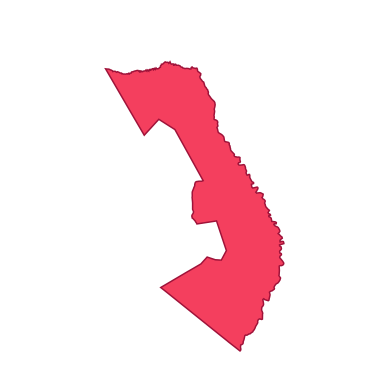 outline of Ribeiro Gonçalves, Piauí, Brazil, rotated 137°
{"feature_id": "56859067B47618229144297", "entity_name": "Ribeiro Gonçalves", "entity_type": "district", "adm_level": 2, "iso_a3": "BRA", "parent_name": "Brazil", "parent_adm1": "Piauí", "projection": "natural_earth1", "projection_center": [-45.448, -8.057], "detail": "fine", "context": "isolated", "style": "filled", "palette": "rose", "viewbox_px": 384, "rotation_deg": 137, "n_neighbors": 0, "source": "geoboundaries", "source_scale": "gbopen_adm2", "svg_char_len": 5151}
<svg xmlns="http://www.w3.org/2000/svg" viewBox="0 0 384 384"><g transform="rotate(137 192 192)"><path d="M264.3,43.1L263.4,43.8L262.4,45.4L260.7,46.9L259.4,46.4L258.4,46.3L257.5,46.7L256.8,47.5L254.5,48.7L251.3,50.9L250.5,50.9L249.9,50.2L249.2,49.7L247.3,49.4L246.3,48.7L244.7,48.6L242.9,48.3L241.6,48.8L240.6,48.8L238.7,49.5L238.1,49.8L237.4,50.2L236.8,50.4L233.6,51.3L232.7,51.9L232.0,52.9L231.2,53.2L230.3,53.4L229.1,53.1L227.9,51.2L227.2,51.0L223.6,54.7L222.9,55.1L222.4,56.2L221.7,58.1L220.9,58.9L219.5,60.1L218.2,60.2L216.9,60.6L216.2,61.1L215.3,62.3L213.5,65.1L212.3,65.0L212.2,63.7L210.4,60.5L209.6,60.4L208.9,60.9L207.9,61.6L207.1,62.1L206.1,62.8L205.4,63.3L204.8,63.9L203.7,65.9L202.5,65.9L200.4,65.0L199.4,65.0L198.3,64.8L197.6,65.1L197.3,66.0L196.7,66.5L195.2,67.1L192.9,67.4L191.4,66.9L189.8,67.1L187.8,67.6L185.9,68.7L185.6,70.7L185.4,71.7L184.7,72.1L181.6,75.0L179.1,78.0L178.5,78.4L177.6,77.9L176.6,77.0L175.0,76.6L173.9,76.9L173.3,77.6L172.9,79.6L172.6,84.2L171.7,85.0L169.4,85.1L168.8,85.9L168.9,86.7L169.4,87.4L168.6,88.7L167.9,89.1L166.2,89.1L165.3,89.5L164.3,91.1L164.7,92.8L164.0,93.7L163.0,93.1L160.0,91.6L159.5,92.3L159.0,93.4L159.9,94.6L161.6,95.4L161.1,96.3L159.8,96.8L159.0,96.8L157.5,96.6L156.9,97.6L157.2,99.8L157.1,101.3L157.4,102.8L154.7,103.2L154.0,104.1L153.2,107.0L153.5,108.7L154.0,109.3L154.4,110.7L154.3,112.4L153.5,112.7L152.8,112.1L152.4,111.4L151.7,111.6L151.1,112.2L151.6,113.6L153.7,116.1L152.1,118.6L151.9,119.4L152.0,120.2L152.6,121.6L151.9,122.3L151.2,122.0L150.4,121.5L150.0,122.2L150.7,124.1L150.4,125.1L147.9,125.8L148.2,128.2L148.1,129.2L148.1,130.6L147.8,131.6L146.9,133.1L146.5,134.4L144.9,135.2L144.4,136.0L144.4,137.4L144.8,138.4L144.6,140.2L143.5,140.4L142.1,141.3L141.4,141.9L142.1,144.0L142.7,145.1L143.7,145.8L144.7,146.6L145.5,147.1L145.5,148.3L143.7,148.7L142.9,149.1L141.6,149.4L140.8,150.4L141.0,151.2L144.8,153.4L145.0,154.4L144.4,155.6L143.3,157.1L141.2,156.2L140.5,157.0L141.1,158.7L140.4,161.5L139.7,163.5L138.7,164.3L138.0,165.6L138.7,166.2L139.4,166.2L140.2,166.7L139.8,168.3L139.4,169.2L137.8,170.1L137.0,172.5L136.1,173.6L135.3,175.5L135.3,176.4L135.9,177.1L136.6,177.4L138.9,179.2L139.3,179.9L139.2,180.9L138.7,181.4L138.0,181.6L136.9,180.9L136.0,181.1L135.1,182.7L134.2,183.7L133.4,184.5L133.8,185.5L135.0,186.5L135.9,187.8L136.5,188.7L136.5,189.8L135.3,190.7L135.3,195.7L135.0,196.5L134.2,197.6L133.5,199.0L132.9,199.6L132.7,200.3L132.6,201.1L131.5,202.2L131.4,203.1L131.7,203.8L133.3,206.0L133.5,206.9L133.0,207.8L131.2,210.5L131.0,212.5L131.2,214.1L131.9,216.3L132.1,217.5L131.8,218.4L130.5,220.5L129.8,222.2L128.0,222.6L127.4,223.7L126.5,224.9L125.6,225.4L125.1,226.4L125.1,227.5L125.4,228.3L126.3,229.9L125.7,230.8L124.6,231.6L123.8,232.9L120.6,235.4L119.7,236.6L119.3,237.4L117.1,238.8L115.6,240.0L114.3,241.9L114.0,243.1L114.2,246.6L114.1,247.9L113.8,249.7L113.6,251.8L113.1,252.9L111.9,253.8L111.4,255.1L110.9,256.0L110.9,257.4L110.5,258.8L110.6,259.8L110.4,260.7L108.5,264.4L108.9,265.8L108.7,266.7L108.5,269.2L108.0,270.5L107.6,271.1L106.1,271.5L104.9,272.5L105.0,274.0L105.5,276.2L104.9,277.5L104.3,278.1L104.0,279.2L104.5,279.8L105.3,280.0L105.9,281.1L106.8,282.4L106.6,283.3L107.3,283.6L108.0,283.4L108.7,282.7L109.8,283.4L110.1,284.3L110.7,285.1L111.6,286.1L112.3,286.6L113.0,287.1L113.5,288.1L114.1,288.8L114.0,289.9L114.6,290.5L114.8,291.5L114.7,292.3L115.4,293.9L116.3,294.7L117.0,295.4L116.8,296.6L117.4,297.1L118.2,296.7L118.9,297.2L118.3,297.7L118.4,298.5L119.0,299.0L119.7,299.4L120.0,300.1L119.7,301.1L119.3,302.2L120.5,301.9L121.2,301.9L121.0,302.9L121.4,303.5L122.4,304.4L122.9,305.5L123.7,305.4L125.0,305.6L126.3,305.5L127.2,306.3L127.8,305.8L129.1,305.7L130.0,304.8L130.8,305.1L131.9,305.0L132.9,305.4L133.7,306.1L133.7,307.2L134.4,306.9L135.1,306.6L135.0,308.0L135.7,308.3L136.2,307.5L136.9,307.6L136.4,308.4L136.9,309.2L137.9,309.2L138.7,309.9L139.2,309.2L139.9,309.8L139.8,310.6L140.6,310.7L141.2,310.0L141.4,310.9L141.5,311.8L142.6,311.2L142.6,312.6L143.6,312.5L145.0,313.5L146.0,313.6L146.3,314.6L147.2,315.8L147.5,314.8L148.4,315.3L148.6,317.8L149.4,318.4L150.1,318.8L151.0,319.2L151.8,319.8L152.8,320.0L154.4,321.0L155.4,320.5L156.5,321.3L157.2,321.0L157.5,322.1L158.4,321.9L158.9,322.8L160.2,323.5L161.0,324.4L161.7,325.0L162.1,325.8L162.7,326.3L162.4,327.0L163.3,327.9L163.8,329.4L164.5,330.8L165.5,331.0L165.8,332.5L166.8,333.6L167.8,334.1L167.5,334.8L167.9,336.2L168.5,337.0L168.6,337.8L169.2,338.8L170.3,339.9L171.2,341.0L182.6,291.0L188.2,266.1L166.7,267.8L161.9,249.3L175.4,195.4L176.1,192.7L177.6,193.3L179.5,195.1L181.7,196.6L182.7,196.8L183.5,196.5L184.8,195.7L185.8,194.7L186.4,194.4L187.5,194.0L188.8,193.3L191.4,192.1L192.3,191.4L194.7,188.7L195.5,188.1L198.6,184.1L199.1,183.5L203.4,178.9L204.2,176.7L205.1,175.9L205.8,175.6L207.7,175.1L208.6,174.5L209.0,173.5L209.6,173.0L209.4,172.0L209.4,171.0L209.4,168.8L209.7,167.8L209.8,166.5L210.2,165.3L193.8,154.1L206.8,125.7L217.0,122.2L217.9,123.1L221.2,126.6L225.3,134.1L232.4,133.5L234.5,133.3L243.3,135.3L247.7,136.3L249.3,136.7L275.1,142.4L280.0,143.5L278.8,135.6L269.6,71.7L267.7,58.7L267.6,57.7L265.3,43.0L264.3,43.1Z" fill="#f43f5e" stroke="#9f1239" stroke-width="1.5"/></g></svg>